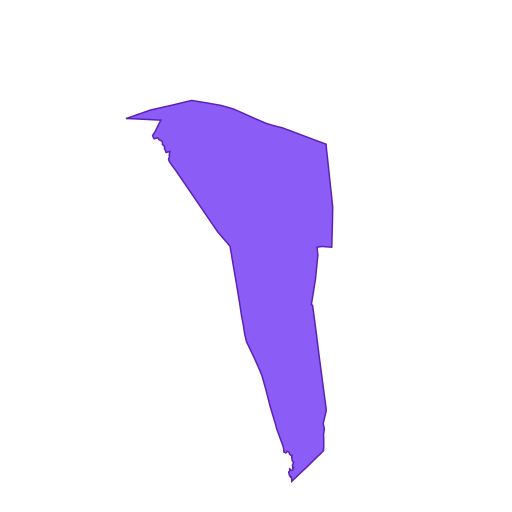 San Andrés Nuxiño, Oaxaca, Mexico, rotated 47°
{"feature_id": "50627088B2434012555400", "entity_name": "San Andrés Nuxiño", "entity_type": "district", "adm_level": 2, "iso_a3": "MEX", "parent_name": "Mexico", "parent_adm1": "Oaxaca", "projection": "orthographic", "projection_center": [-97.045, 17.229], "detail": "fine", "context": "isolated", "style": "filled", "palette": "violet", "viewbox_px": 512, "rotation_deg": 47, "n_neighbors": 0, "source": "geoboundaries", "source_scale": "gbopen_adm2", "svg_char_len": 2132}
<svg xmlns="http://www.w3.org/2000/svg" viewBox="0 0 512 512"><g transform="rotate(47 256 256)"><path d="M222.0,128.5L221.3,128.9L203.0,138.0L188.0,145.4L179.9,149.5L173.3,153.8L165.8,158.2L152.2,164.1L132.9,172.3L121.7,179.1L107.6,189.8L98.4,196.9L93.4,205.7L87.3,216.5L82.9,224.0L77.0,234.1L76.7,235.0L72.8,243.8L67.3,256.3L66.8,257.4L67.6,256.5L68.6,255.5L74.3,249.9L82.5,241.9L91.8,232.9L93.3,237.3L96.3,245.2L97.3,249.4L99.7,250.4L100.9,250.5L102.5,247.2L105.2,247.6L107.4,246.5L108.8,246.7L110.7,248.4L113.4,248.1L115.2,249.9L117.2,250.3L118.6,251.2L119.2,250.9L120.8,247.7L123.0,250.7L124.0,251.1L125.2,253.3L126.0,254.3L128.1,255.0L132.2,255.7L138.4,256.3L212.5,267.6L231.1,268.3L238.2,272.9L239.6,273.9L244.9,277.4L265.9,291.2L281.5,301.6L289.6,307.2L297.3,312.0L303.6,316.3L303.8,316.5L305.4,317.4L305.8,317.8L306.1,317.9L307.3,318.6L308.0,319.0L308.3,319.2L309.4,319.9L310.6,320.5L312.2,321.4L320.5,324.0L326.5,325.9L327.7,326.2L327.9,326.3L328.6,326.5L337.2,329.5L341.0,330.8L347.9,333.4L362.1,340.8L376.2,348.5L391.2,355.9L392.4,356.5L393.0,356.8L396.0,358.5L404.5,362.1L409.7,364.3L412.6,365.5L413.9,366.1L415.6,367.1L417.9,368.9L418.6,369.3L419.4,368.7L420.2,368.7L420.3,368.3L420.4,367.3L420.0,366.3L421.8,365.7L423.8,366.6L425.5,366.5L426.5,365.6L427.4,367.1L430.6,369.2L432.7,369.4L433.8,372.0L435.2,372.8L436.4,372.7L436.5,373.2L436.0,373.6L437.4,374.5L437.2,376.1L436.1,376.7L435.5,376.3L434.7,376.6L435.9,377.6L436.2,378.2L436.2,379.1L436.8,379.9L437.5,380.1L438.2,380.6L439.7,381.4L441.2,380.8L441.5,381.6L442.3,381.3L442.6,381.4L443.1,381.6L443.7,382.3L444.2,382.6L445.2,383.5L445.1,374.6L445.0,372.2L445.0,369.3L445.1,364.4L444.6,347.0L444.7,344.5L444.4,339.4L441.4,336.2L435.4,330.7L432.5,328.2L430.3,325.5L429.4,324.2L427.8,323.1L424.4,321.2L417.1,310.2L415.6,308.9L402.5,299.6L378.5,282.5L375.7,280.5L375.5,280.4L354.2,265.0L330.6,248.2L329.4,248.8L313.5,228.3L298.2,210.9L297.7,210.3L292.7,206.5L291.1,205.5L293.9,201.4L301.2,194.6L300.6,194.0L284.5,178.1L272.6,166.6L262.0,158.6L248.8,148.7L235.5,138.7L225.8,131.5L225.6,131.3L222.0,128.5Z" fill="#8b5cf6" stroke="#5b21b6" stroke-width="1.5"/></g></svg>